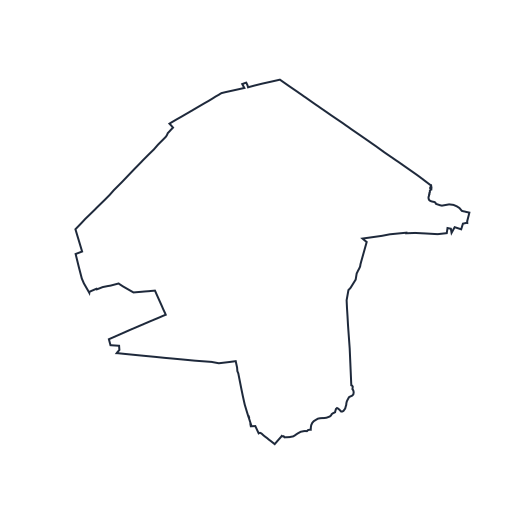 the district of Madona, Madona, Latvia, rotated 36°
{"feature_id": "27541924B48569978533002", "entity_name": "Madona", "entity_type": "district", "adm_level": 2, "iso_a3": "LVA", "parent_name": "Latvia", "parent_adm1": "Madona", "projection": "albers", "projection_center": [26.232, 56.853], "detail": "fine", "context": "isolated", "style": "outline", "palette": "slate", "viewbox_px": 512, "rotation_deg": 36, "n_neighbors": 0, "source": "geoboundaries", "source_scale": "gbopen_adm2", "svg_char_len": 4448}
<svg xmlns="http://www.w3.org/2000/svg" viewBox="0 0 512 512"><g transform="rotate(36 256 256)"><path d="M159.8,112.8L154.5,119.1L150.4,124.2L148.8,122.9L146.2,121.5L145.8,122.0L143.8,125.0L147.8,126.9L144.9,130.2L137.1,139.0L134.8,141.6L132.6,144.2L132.4,144.4L132.3,144.6L131.7,145.9L131.2,147.3L129.6,150.7L128.2,154.3L126.4,158.6L124.6,162.5L113.8,187.1L111.5,192.1L109.1,197.6L108.2,199.8L110.8,200.3L113.4,200.9L112.9,204.5L112.9,204.8L112.6,207.1L112.4,208.5L112.5,208.8L112.8,210.2L112.9,210.7L113.0,212.4L112.9,212.8L112.9,213.2L112.1,218.3L111.3,223.4L110.8,229.0L110.8,229.4L109.5,237.0L108.3,244.6L108.3,244.8L108.2,245.2L108.2,245.4L108.1,245.9L108.1,246.3L107.0,253.8L106.6,256.4L104.1,274.9L103.3,280.0L102.3,286.2L101.7,292.7L100.6,299.8L98.7,310.8L98.4,313.0L96.9,321.7L96.1,326.1L95.4,332.0L94.2,340.5L99.7,344.7L103.0,347.2L112.7,354.6L108.9,360.4L118.7,368.7L128.3,376.6L132.8,379.3L140.2,382.6L142.8,383.8L142.3,382.9L143.6,380.6L145.5,377.4L145.8,376.9L146.2,376.3L146.5,376.5L146.8,376.6L148.5,374.0L150.2,371.3L153.7,367.5L155.7,365.5L161.0,359.0L162.1,359.0L166.2,358.8L178.3,357.5L183.4,353.1L183.9,352.7L184.9,351.8L187.3,349.7L189.8,347.6L190.3,347.2L190.8,346.7L194.6,343.4L196.2,344.3L197.7,345.2L203.8,348.7L209.9,352.2L211.7,353.3L214.4,354.8L215.7,355.5L217.5,356.6L216.1,358.8L214.0,362.4L208.7,371.1L197.3,390.2L185.9,409.8L190.7,413.7L198.0,409.1L200.7,412.3L200.4,415.5L200.4,416.5L201.6,415.7L207.3,412.4L218.4,405.9L224.2,402.5L231.3,398.3L233.5,397.0L242.3,391.9L248.8,388.0L257.9,382.6L268.1,376.6L282.3,367.8L284.4,366.8L289.0,364.6L297.0,357.2L301.4,353.0L306.3,357.4L308.6,360.1L310.7,361.4L321.7,371.6L327.5,376.9L331.9,380.8L334.3,382.9L340.6,387.7L344.1,390.3L344.4,390.0L345.3,390.7L345.2,391.0L348.8,393.7L350.9,395.2L350.5,395.5L351.9,396.8L355.4,394.0L361.5,397.4L362.4,397.9L362.6,397.4L362.9,397.0L363.4,396.6L364.0,396.5L365.0,396.4L367.4,396.7L369.3,396.8L372.2,396.8L374.3,397.0L376.7,397.0L381.7,397.2L381.7,396.6L381.9,395.0L382.0,393.5L382.3,390.4L382.6,387.3L382.6,386.4L382.9,386.4L384.2,386.0L384.2,385.7L384.6,385.6L384.9,385.6L385.7,385.9L388.7,383.5L389.8,382.6L390.2,382.1L392.1,380.1L392.9,378.3L393.4,376.7L394.0,375.1L395.5,371.9L398.0,369.2L400.2,367.7L400.4,366.3L401.7,364.8L402.4,364.4L401.7,363.3L401.0,362.2L400.1,360.4L399.6,357.9L399.8,355.7L400.7,353.5L401.7,351.2L402.9,349.9L404.1,348.8L406.3,347.1L408.0,345.5L408.9,344.2L410.0,342.5L410.4,341.0L410.2,339.4L410.6,338.2L411.4,336.7L411.8,335.9L411.4,335.0L410.6,332.8L410.9,331.4L412.0,331.2L413.8,331.3L416.3,331.8L417.2,331.1L417.8,330.0L417.8,327.0L417.0,324.9L416.5,323.4L415.7,322.1L414.9,320.2L414.5,317.8L414.5,317.4L414.2,315.7L414.6,314.7L415.3,313.5L415.9,312.4L416.1,310.8L415.3,309.1L414.3,308.0L412.8,307.1L412.4,307.1L412.0,306.6L411.6,305.8L411.4,305.4L411.0,304.8L410.0,304.4L409.1,304.6L386.2,275.8L373.8,261.1L370.7,257.4L365.4,250.9L360.1,244.5L355.3,238.5L350.8,229.2L350.9,228.8L350.9,228.4L351.1,227.3L351.2,226.1L350.5,216.5L347.7,210.9L347.5,209.6L347.1,207.5L347.1,207.0L346.6,204.1L346.3,203.1L345.3,201.1L344.9,200.0L344.5,199.0L341.5,190.9L338.5,182.8L337.9,181.2L337.3,179.6L334.6,179.5L331.9,179.3L346.0,165.7L351.5,159.8L363.9,148.8L364.2,149.3L371.2,143.8L380.4,137.8L389.6,131.9L389.9,131.7L390.2,131.5L393.6,128.4L396.9,125.4L395.7,123.1L394.5,120.8L396.1,120.1L397.6,119.4L400.6,122.3L399.8,115.9L406.3,113.8L404.4,108.2L406.9,105.4L407.5,105.1L406.4,103.7L404.0,97.6L403.1,95.5L401.5,96.2L399.9,96.9L398.8,97.3L397.8,97.8L396.0,98.5L392.4,97.6L389.2,97.8L385.7,98.6L381.9,100.7L376.8,106.0L375.2,106.7L371.1,108.0L370.9,108.0L370.6,107.9L370.2,107.6L369.6,107.4L369.1,107.4L368.5,107.5L366.3,108.5L365.0,108.9L364.0,109.0L363.1,108.9L362.4,108.5L361.6,107.8L361.2,107.3L360.9,106.8L360.7,106.1L360.5,105.5L360.0,104.7L359.8,104.3L360.0,104.1L359.7,103.5L359.2,103.0L359.2,102.3L358.8,101.7L358.3,101.0L358.4,100.1L358.1,99.6L358.7,99.1L357.9,97.8L357.1,97.6L357.1,98.2L356.8,98.4L356.7,98.2L356.6,97.4L357.2,97.0L356.7,96.5L356.1,95.9L355.9,96.1L342.0,95.8L339.9,95.8L337.8,95.8L332.2,95.9L326.6,96.0L321.1,96.1L315.5,96.2L313.4,96.3L298.5,96.7L288.3,96.7L283.9,96.8L269.4,97.1L258.3,97.4L254.9,97.4L251.7,97.5L248.4,97.5L233.7,98.0L220.3,98.3L218.5,98.3L216.0,98.4L211.2,98.5L202.8,98.6L200.9,98.7L197.9,98.7L195.0,98.8L194.9,98.8L194.7,98.8L194.0,98.8L193.5,98.8L193.2,98.8L183.0,99.1L171.7,99.3L166.0,105.8L159.8,112.8Z" fill="none" stroke="#1e293b" stroke-width="2"/></g></svg>